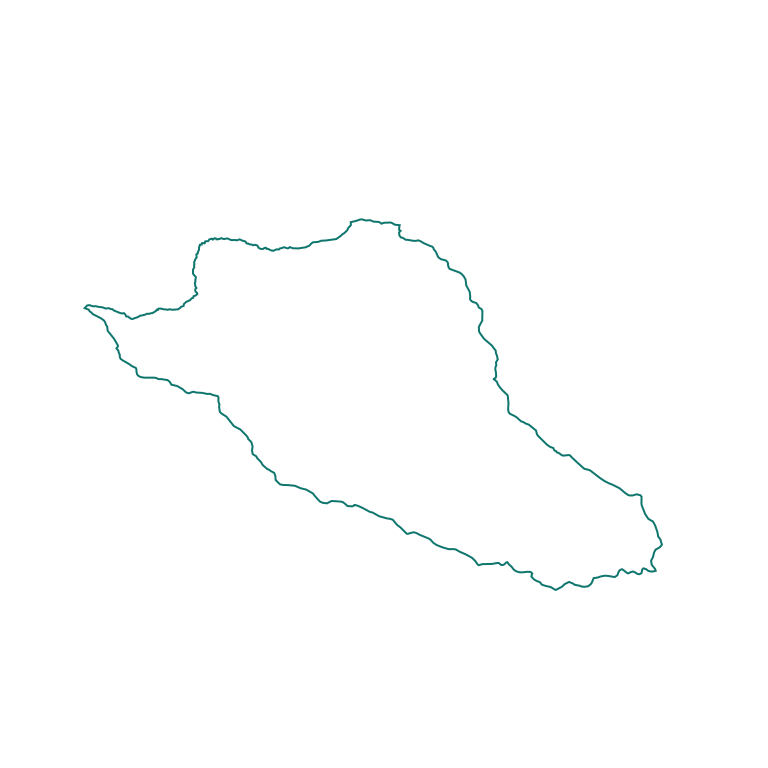 outline of Cajamarca, Tolima, Colombia, rotated 284°
{"feature_id": "7082276B39655849977507", "entity_name": "Cajamarca", "entity_type": "district", "adm_level": 2, "iso_a3": "COL", "parent_name": "Colombia", "parent_adm1": "Tolima", "projection": "equal_earth", "projection_center": [-75.489, 4.41], "detail": "fine", "context": "isolated", "style": "outline", "palette": "teal", "viewbox_px": 768, "rotation_deg": 284, "n_neighbors": 0, "source": "geoboundaries", "source_scale": "gbopen_adm2", "svg_char_len": 6149}
<svg xmlns="http://www.w3.org/2000/svg" viewBox="0 0 768 768"><g transform="rotate(284 384 384)"><path d="M241.9,470.2L240.6,473.6L239.7,479.5L239.4,486.6L240.7,491.9L240.8,493.8L239.5,498.2L238.5,504.5L236.6,511.5L234.4,515.3L231.5,518.6L231.2,519.9L233.0,523.0L235.6,532.4L237.8,537.3L238.0,538.8L236.8,541.5L237.0,542.9L238.3,544.5L240.3,545.7L241.0,546.7L239.2,548.8L237.7,551.8L235.4,554.7L234.5,556.8L234.2,558.1L234.1,561.4L235.0,564.6L236.6,568.9L237.1,571.8L236.0,573.7L233.1,573.5L232.7,573.7L230.6,577.0L229.8,579.9L229.4,583.3L227.7,585.4L227.4,586.2L227.2,589.4L227.3,594.9L225.7,600.0L225.9,600.7L230.2,605.6L233.5,607.7L236.5,611.2L236.7,611.7L236.0,616.0L235.3,617.6L235.6,622.5L235.3,624.9L235.7,627.5L237.1,631.0L239.9,633.1L241.6,633.7L246.4,634.4L248.0,638.4L249.6,640.6L251.5,644.9L252.0,648.1L252.5,654.6L254.9,656.7L259.2,657.2L260.7,658.1L261.8,659.6L261.9,660.0L259.3,666.0L259.4,666.9L261.0,668.7L262.3,670.9L261.9,673.5L261.1,675.4L261.1,677.5L261.9,678.8L263.0,679.6L266.4,679.4L267.9,680.3L267.7,683.2L266.6,685.7L266.6,688.1L267.3,690.7L268.4,692.8L270.0,691.9L273.4,687.5L277.1,685.9L281.3,686.9L285.9,686.8L289.0,687.6L292.4,691.2L295.3,692.5L300.0,689.8L302.4,686.9L306.5,685.1L312.2,681.4L314.4,679.4L315.6,678.2L317.1,673.1L321.2,668.7L328.4,663.6L329.9,662.8L336.9,661.2L338.1,659.7L338.1,655.8L335.9,652.0L335.3,649.4L335.3,647.8L336.8,643.9L339.8,637.9L341.5,630.4L342.0,626.7L343.1,621.7L345.1,616.1L349.7,605.7L350.2,604.0L350.2,598.8L354.9,589.9L358.8,583.0L359.7,582.0L359.7,580.3L357.8,575.1L358.1,573.3L359.3,570.5L359.5,568.2L360.5,567.3L360.7,565.6L361.1,565.1L362.9,563.7L363.1,560.7L364.5,556.9L370.9,546.1L372.2,544.6L375.7,542.7L379.6,534.3L379.9,531.2L380.7,528.7L381.0,525.9L383.7,520.9L384.5,518.5L385.6,513.3L386.8,511.8L389.2,510.6L395.6,509.4L402.3,507.0L403.3,506.2L406.6,500.3L409.5,496.4L411.2,494.6L413.3,493.1L414.5,491.2L415.1,489.4L415.5,489.3L417.0,490.8L418.5,491.0L422.7,489.7L424.6,488.6L427.0,488.1L429.4,488.4L432.2,487.4L435.3,488.4L438.7,486.8L441.1,485.1L443.4,484.3L447.5,479.2L452.0,470.2L456.9,464.4L458.1,463.5L462.4,462.2L469.3,464.0L478.7,461.8L480.2,460.6L481.2,457.4L483.1,456.2L484.9,453.9L485.2,449.8L486.2,447.8L487.7,446.7L489.2,446.7L494.3,444.8L499.5,440.0L505.0,437.9L507.5,435.6L509.4,433.0L510.4,430.5L511.6,419.8L513.1,418.2L514.0,418.0L514.9,417.2L516.2,417.1L517.7,416.1L518.9,413.9L518.9,408.9L520.2,405.9L524.8,402.3L526.6,399.9L528.3,398.7L529.0,397.3L529.1,395.3L530.4,387.9L531.2,385.7L531.7,382.6L530.6,380.3L530.0,377.7L529.6,371.8L529.2,370.2L530.4,366.7L530.3,364.8L531.9,363.0L534.2,362.1L534.8,362.0L536.6,363.0L537.2,361.4L539.3,360.9L541.9,360.8L541.2,356.0L542.1,353.0L542.3,351.3L540.4,344.9L538.9,342.7L539.6,341.4L540.0,339.6L539.0,334.6L539.6,331.1L538.3,327.0L538.4,322.5L537.8,321.0L535.7,317.8L533.0,312.6L530.0,313.4L526.6,311.5L524.4,311.2L520.8,309.0L519.3,307.4L517.5,306.4L513.1,302.6L509.3,293.2L507.9,288.6L505.9,285.6L504.3,280.8L503.0,279.7L499.8,277.8L498.9,276.2L498.0,275.6L494.8,268.0L493.7,262.8L494.0,259.4L492.6,258.4L492.3,257.6L492.5,253.9L490.9,251.6L490.6,250.4L489.1,249.5L488.6,247.0L486.5,244.5L486.3,241.8L487.1,238.9L486.7,237.4L487.6,236.6L487.6,236.2L487.1,235.1L485.9,234.2L485.4,232.3L485.4,230.5L486.0,229.2L487.7,227.7L487.9,225.1L486.9,223.4L487.3,221.9L487.0,219.7L487.4,218.2L487.1,216.9L487.4,216.3L488.3,215.7L488.8,214.8L488.8,212.2L489.4,209.0L487.8,206.4L487.5,203.5L487.0,202.4L486.7,200.7L487.4,196.6L485.9,193.8L485.9,192.6L486.2,190.8L484.9,189.3L484.7,188.1L484.1,187.8L483.9,186.4L484.4,185.9L484.5,184.4L482.7,183.0L482.8,182.5L483.3,182.2L483.3,181.6L482.1,179.6L480.1,178.8L479.1,176.0L477.1,175.9L476.9,173.6L476.2,173.2L475.2,173.4L474.6,171.7L473.6,171.8L472.8,171.4L469.4,172.0L466.7,171.5L465.7,171.7L464.3,170.6L461.5,171.6L460.0,170.9L456.0,170.3L454.3,171.1L453.0,171.0L451.3,171.7L448.8,171.0L445.0,171.9L443.7,173.3L442.7,175.1L441.6,175.8L439.2,175.7L437.8,176.3L436.4,176.0L433.0,177.4L431.8,178.7L430.4,178.0L429.4,178.1L428.0,178.8L427.2,180.5L426.0,181.1L424.3,179.8L423.1,178.0L421.5,178.0L420.5,176.6L418.3,175.4L415.8,172.2L413.1,170.5L411.3,170.7L409.6,168.2L408.7,167.9L406.7,166.2L404.9,161.0L404.6,157.7L403.6,156.2L403.7,155.1L403.3,153.4L403.1,148.6L402.5,146.9L401.8,146.3L401.2,146.7L400.4,145.1L399.7,145.1L396.7,142.1L396.2,140.6L395.2,139.0L394.9,137.1L393.4,135.3L391.7,132.1L391.4,130.9L389.6,129.3L386.1,124.0L386.2,122.3L387.5,119.3L387.1,117.6L388.8,116.3L389.8,114.7L389.7,114.0L389.2,113.5L389.0,110.9L390.0,104.0L390.9,102.5L390.6,100.8L391.0,98.7L389.9,95.5L390.3,92.0L389.7,87.6L389.8,85.6L389.0,82.9L389.2,79.5L389.1,78.6L388.4,77.0L385.2,75.2L384.7,79.5L383.5,80.6L382.5,82.8L381.4,84.4L379.3,93.4L377.9,96.9L376.5,98.4L373.7,100.3L372.8,101.5L368.8,103.0L362.5,111.2L356.9,116.6L355.5,116.6L353.8,115.8L352.1,118.2L350.8,118.7L348.3,120.6L346.5,121.0L344.7,122.3L343.8,124.5L341.8,131.5L340.3,135.3L339.6,139.2L338.6,140.1L336.2,140.8L333.6,142.1L332.4,144.0L331.9,146.0L332.1,149.5L334.6,159.8L334.7,161.5L334.2,164.2L334.9,166.9L335.4,173.1L334.4,175.4L331.9,177.9L332.0,183.7L330.2,190.0L328.1,193.7L327.7,195.7L327.9,197.1L330.0,200.1L330.4,201.2L330.3,203.9L331.4,209.7L331.6,214.9L332.4,217.6L331.9,220.5L332.0,225.6L331.1,226.6L327.1,227.5L324.2,229.3L322.3,229.4L317.3,231.4L316.0,233.5L314.2,239.0L306.8,248.6L305.1,255.6L300.7,262.9L299.0,264.9L297.7,265.6L296.0,268.7L294.7,269.9L291.3,271.7L287.9,271.9L284.5,273.4L284.1,273.8L282.9,277.6L281.3,279.0L278.6,283.4L276.1,285.8L274.2,289.4L273.2,291.4L273.0,293.3L272.2,295.0L271.2,298.9L268.8,300.7L264.6,302.1L261.8,306.8L261.5,307.6L261.6,310.5L262.7,315.5L263.7,322.1L262.7,328.4L262.7,334.1L260.6,341.5L258.8,343.7L254.4,350.3L253.9,353.3L254.4,357.5L257.8,361.4L258.7,366.2L259.5,371.0L259.4,372.7L258.0,375.9L257.3,376.9L256.8,378.3L257.6,382.8L258.4,384.0L259.5,384.5L259.6,385.1L259.5,388.0L258.6,393.1L256.5,401.2L256.5,404.2L254.5,411.3L254.3,419.6L254.6,421.8L254.5,424.7L254.3,425.5L250.5,430.7L248.8,434.7L244.3,442.1L244.4,443.4L247.0,447.9L247.3,448.9L247.3,451.3L246.3,455.0L244.9,464.5L244.3,466.6L241.9,470.2Z" fill="none" stroke="#0f766e" stroke-width="2"/></g></svg>